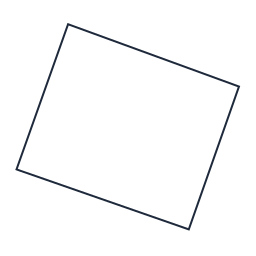 the district of Frio, Texas, United States of America, rotated 20°
{"feature_id": "52423323B99594247353741", "entity_name": "Frio", "entity_type": "district", "adm_level": 2, "iso_a3": "USA", "parent_name": "United States of America", "parent_adm1": "Texas", "projection": "albers", "projection_center": [-99.206, 28.866], "detail": "fine", "context": "isolated", "style": "outline", "palette": "slate", "viewbox_px": 256, "rotation_deg": 20, "n_neighbors": 0, "source": "geoboundaries", "source_scale": "gbopen_adm2", "svg_char_len": 230}
<svg xmlns="http://www.w3.org/2000/svg" viewBox="0 0 256 256"><g transform="rotate(20 128 128)"><path d="M36.2,51.0L37.4,205.0L41.3,205.0L219.8,202.5L218.1,51.1L36.2,51.0Z" fill="none" stroke="#1e293b" stroke-width="2"/></g></svg>